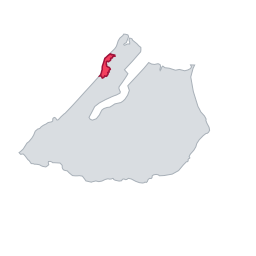 Goudomp, Sédhiou, Senegal (highlighted), rotated 132°
{"feature_id": "50182788B48951494587639", "entity_name": "Goudomp", "entity_type": "district", "adm_level": 2, "iso_a3": "SEN", "parent_name": "Senegal", "parent_adm1": "Sédhiou", "projection": "mercator", "projection_center": [-15.551, 12.644], "detail": "fine", "context": "in_parent", "style": "filled", "palette": "rose", "viewbox_px": 256, "rotation_deg": 132, "n_neighbors": 0, "source": "geoboundaries", "source_scale": "gbopen_adm2", "svg_char_len": 5911}
<svg xmlns="http://www.w3.org/2000/svg" viewBox="0 0 256 256"><g transform="rotate(132 128 128)"><path d="M192.7,118.9L195.5,123.9L194.9,126.3L194.3,129.7L195.9,132.2L197.7,133.9L199.0,135.4L200.5,137.4L200.7,141.6L200.5,144.5L201.4,145.9L202.2,147.6L202.1,149.0L201.5,150.3L199.8,151.9L199.5,155.0L202.4,158.7L204.2,160.8L204.2,161.9L204.7,163.2L206.1,164.7L206.9,164.3L207.8,163.1L208.3,162.3L210.8,162.7L211.9,163.0L213.5,165.5L214.1,167.1L214.5,169.1L216.1,171.7L217.6,173.5L217.9,174.6L219.2,176.1L218.4,179.5L218.5,181.2L217.6,185.7L217.4,187.8L217.5,188.6L219.4,190.2L219.2,192.5L217.2,192.1L213.7,191.8L206.8,193.0L204.4,192.5L199.8,192.7L196.6,193.3L192.4,194.8L189.2,194.4L187.5,193.3L185.2,193.3L182.6,192.7L179.9,191.6L177.4,191.0L174.7,189.0L173.4,188.6L172.5,189.1L171.8,189.8L171.0,190.2L169.5,189.9L169.0,188.5L169.4,187.1L169.6,186.1L168.9,185.5L167.2,185.3L164.6,185.3L160.3,184.9L159.3,184.6L149.7,184.3L139.7,184.2L131.3,184.2L120.6,184.1L113.1,184.1L106.1,184.1L100.7,186.9L94.8,189.9L87.0,191.5L77.9,190.9L75.0,191.3L72.0,192.6L69.8,193.6L66.7,194.2L62.7,193.7L61.1,194.0L60.0,192.6L58.9,190.4L59.6,188.8L62.1,187.7L65.8,186.4L67.7,187.1L68.8,187.1L69.0,186.2L68.7,185.8L65.9,184.6L64.4,183.0L63.3,183.9L62.2,185.8L61.4,186.4L60.1,187.0L59.4,185.7L59.1,184.4L59.7,183.4L59.4,177.9L59.7,174.9L59.5,172.4L61.3,170.7L62.9,169.6L69.4,169.5L75.4,169.4L81.2,169.5L87.1,169.6L87.7,164.4L89.6,164.0L92.4,163.5L97.6,162.8L103.4,162.2L104.7,161.2L105.6,159.5L106.2,158.0L107.4,157.3L109.1,157.9L111.2,158.7L113.4,159.9L115.9,161.1L117.6,161.8L121.7,163.6L128.6,166.1L134.3,167.1L141.2,165.3L146.2,164.1L146.8,161.9L146.0,159.7L142.3,157.7L137.3,158.0L135.7,158.5L133.4,159.1L132.0,159.4L129.6,158.9L126.6,157.2L124.7,155.5L122.0,154.7L118.9,153.9L113.8,150.3L111.2,149.7L108.7,149.5L103.9,150.2L99.2,152.1L96.8,156.4L92.1,156.4L82.2,156.2L73.0,156.1L65.5,156.4L64.7,153.3L63.0,150.8L60.1,148.7L59.4,146.7L60.4,145.0L63.2,143.5L63.8,142.5L62.4,142.7L60.2,143.6L58.7,143.6L58.5,140.9L56.0,137.4L53.3,131.4L50.1,129.0L47.5,124.1L44.7,122.3L42.2,121.4L40.1,121.6L39.3,123.8L36.6,120.6L40.3,119.5L48.1,115.5L57.1,104.0L65.2,90.4L66.3,87.2L67.3,84.8L67.9,79.2L69.1,75.9L70.2,75.3L71.6,72.7L73.2,68.3L75.1,65.8L77.2,65.3L78.8,65.5L80.0,66.4L83.4,67.0L89.1,67.2L93.5,66.5L96.6,65.0L100.6,64.2L105.7,64.2L108.3,63.5L108.6,62.3L109.2,61.9L110.3,62.4L111.3,62.2L112.2,61.3L113.1,61.2L114.0,62.0L118.3,62.2L125.8,61.9L132.7,64.3L139.1,69.3L142.4,72.6L142.6,74.3L143.6,76.0L145.6,77.6L147.3,78.0L148.9,76.9L150.1,77.0L151.0,78.3L152.8,78.6L154.9,77.8L156.3,78.0L156.6,78.8L156.9,79.2L157.9,79.4L159.2,80.4L161.0,83.0L162.5,86.7L163.7,91.5L165.2,94.1L167.1,94.5L168.2,95.5L168.4,96.6L169.0,97.3L169.9,97.8L171.5,97.5L173.4,99.1L175.4,102.6L175.8,104.2L175.4,105.0L175.6,105.6L176.9,106.2L178.2,107.3L179.2,109.0L181.5,110.5L184.9,111.9L187.4,113.8L188.9,116.5L192.1,118.7L192.7,118.9Z" fill="#d9dde1" stroke="#a8b0b8" stroke-width="1"/><path d="M108.1,180.5L108.0,180.4L107.8,180.4L107.7,180.4L107.6,180.2L107.4,180.2L107.2,180.2L106.9,180.1L106.7,180.0L106.6,179.9L106.4,179.9L106.1,179.9L105.8,179.9L105.7,179.9L105.4,180.0L105.2,180.1L104.9,180.2L104.7,179.8L104.7,179.7L104.6,179.4L104.5,179.2L104.4,179.1L104.3,178.9L104.2,178.9L103.9,178.8L103.9,178.7L103.7,178.5L103.4,178.6L103.2,178.7L102.9,178.7L102.8,178.8L102.7,178.8L102.5,178.7L102.4,178.7L102.2,178.7L101.9,178.7L101.8,178.8L101.6,178.8L101.3,179.0L101.2,179.0L100.9,179.1L100.7,179.3L100.6,179.5L100.5,179.9L100.5,180.1L100.4,180.2L100.2,180.2L99.9,180.1L99.7,179.9L99.4,179.7L99.1,179.6L98.9,179.5L98.6,179.9L98.6,180.0L98.4,180.3L98.2,180.3L97.8,180.5L97.7,180.6L97.4,180.7L97.2,180.7L96.9,180.6L96.7,180.4L96.4,180.4L96.4,180.5L96.1,180.7L96.0,180.8L95.9,180.9L95.9,181.0L95.8,181.4L95.8,181.5L95.8,181.8L95.7,181.9L95.7,182.1L95.7,182.4L95.6,182.5L95.7,182.8L95.8,182.9L95.8,183.0L96.0,183.4L96.0,183.6L96.1,183.8L96.1,184.3L96.2,184.7L96.3,185.1L96.3,185.3L96.2,185.4L96.2,185.5L95.8,185.8L95.5,186.2L95.4,186.2L95.4,186.3L95.3,186.5L95.2,186.6L95.1,186.9L95.0,187.0L94.9,187.1L94.6,187.3L94.2,187.5L93.9,187.7L93.7,187.9L93.6,188.1L93.4,188.2L93.3,188.4L93.2,188.4L92.9,188.4L92.7,188.3L92.5,188.2L92.4,188.2L92.2,188.0L92.1,187.9L92.0,187.5L92.0,187.4L92.0,187.2L91.9,186.9L91.6,186.7L91.4,186.7L91.2,186.7L90.9,186.7L90.6,186.7L90.4,186.6L90.1,186.5L90.0,186.4L89.9,186.4L89.6,186.4L89.4,186.4L89.2,186.4L89.0,186.5L88.8,186.5L88.7,186.6L88.5,186.8L88.4,186.9L88.4,187.0L88.2,187.2L88.1,187.3L87.9,187.5L87.6,187.4L87.4,187.3L87.3,187.2L87.2,187.2L87.0,186.9L86.9,186.8L86.4,186.6L86.2,186.6L85.9,186.8L85.7,186.8L85.2,187.1L84.5,186.7L84.4,186.6L84.0,186.3L83.9,186.3L83.7,186.1L83.4,185.9L83.2,185.7L83.1,185.8L83.2,186.0L83.3,186.4L83.3,186.5L83.5,186.7L83.4,186.7L83.4,186.8L83.3,187.0L83.2,187.1L83.3,187.2L83.3,187.3L83.2,187.3L83.3,187.4L83.3,187.5L83.5,187.5L83.5,187.8L83.6,188.0L83.6,188.3L83.7,188.5L83.8,188.5L84.0,188.7L84.2,188.8L84.3,188.9L84.5,189.0L84.5,189.3L84.5,189.5L84.5,189.8L84.6,190.0L84.4,190.1L84.4,190.3L84.5,190.5L84.8,190.5L84.8,190.4L85.0,190.4L85.3,190.5L85.5,190.7L85.5,190.8L85.5,191.0L86.1,191.1L86.9,191.2L88.0,191.4L89.1,191.5L89.7,191.5L91.1,191.8L91.6,191.8L91.8,191.8L92.1,191.6L93.0,191.2L93.3,191.1L93.5,191.0L94.2,190.6L94.3,190.5L94.9,190.3L95.3,190.1L96.0,189.8L96.5,189.6L96.8,189.4L97.4,189.2L97.8,189.0L98.4,188.8L99.2,188.4L99.5,188.2L99.9,188.0L100.1,187.8L100.3,187.6L100.6,187.4L100.9,187.1L101.4,186.7L101.9,186.1L102.8,185.8L103.5,185.5L103.7,185.4L103.9,185.3L104.8,184.7L105.4,184.5L106.1,184.2L106.3,184.1L106.5,184.0L106.6,183.9L106.8,183.9L107.1,183.9L107.7,183.9L108.3,183.9L108.2,183.8L108.3,183.8L108.2,183.8L108.2,183.7L107.9,183.6L107.7,183.5L107.7,183.4L107.6,183.1L107.6,182.9L107.5,182.7L107.4,182.4L107.3,182.2L107.5,181.9L107.6,181.7L107.8,181.4L107.8,181.2L107.8,180.9L108.0,180.9L108.1,180.7L108.1,180.5Z" fill="#f43f5e" stroke="#9f1239" stroke-width="1.5"/></g></svg>